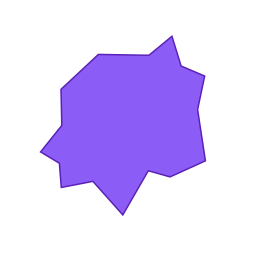 the district of Waynesboro, Virginia, United States of America, rotated 339°
{"feature_id": "52423323B98983591567848", "entity_name": "Waynesboro", "entity_type": "district", "adm_level": 2, "iso_a3": "USA", "parent_name": "United States of America", "parent_adm1": "Virginia", "projection": "robinson", "projection_center": [-78.906, 38.066], "detail": "fine", "context": "isolated", "style": "filled", "palette": "violet", "viewbox_px": 256, "rotation_deg": 339, "n_neighbors": 0, "source": "geoboundaries", "source_scale": "gbopen_adm2", "svg_char_len": 362}
<svg xmlns="http://www.w3.org/2000/svg" viewBox="0 0 256 256"><g transform="rotate(339 128 128)"><path d="M37.8,119.0L51.3,136.3L44.4,159.6L76.1,165.2L92.0,207.3L131.6,175.2L149.7,188.7L188.5,186.4L199.6,135.7L218.2,107.0L199.8,89.2L201.9,58.1L173.6,67.6L126.7,48.7L79.3,67.9L67.1,101.9L37.8,119.0Z" fill="#8b5cf6" stroke="#5b21b6" stroke-width="1.5"/></g></svg>